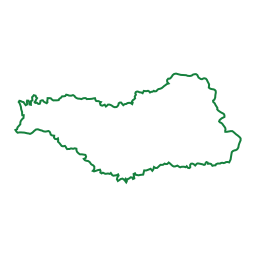 outline of Lajeado Novo, Maranhão, Brazil
{"feature_id": "56859067B63412664256610", "entity_name": "Lajeado Novo", "entity_type": "district", "adm_level": 2, "iso_a3": "BRA", "parent_name": "Brazil", "parent_adm1": "Maranhão", "projection": "mercator", "projection_center": [-46.964, -6.103], "detail": "fine", "context": "isolated", "style": "outline", "palette": "green", "viewbox_px": 256, "rotation_deg": 0, "n_neighbors": 0, "source": "geoboundaries", "source_scale": "gbopen_adm2", "svg_char_len": 5016}
<svg xmlns="http://www.w3.org/2000/svg" viewBox="0 0 256 256"><path d="M93.3,165.4L94.3,166.6L94.3,168.8L93.8,169.8L92.8,170.9L94.0,171.4L96.0,170.8L97.9,170.1L100.0,169.7L100.6,171.2L100.3,172.5L101.6,173.4L102.9,172.7L105.2,173.8L106.6,173.7L108.0,173.5L109.8,173.9L110.8,173.0L112.3,175.2L113.4,175.7L116.6,175.2L118.1,174.4L118.6,175.6L117.5,177.1L116.9,179.2L117.9,181.0L119.7,179.8L120.8,179.0L122.5,178.6L123.6,179.4L124.6,180.2L125.7,178.7L126.8,180.0L128.1,179.0L129.6,178.2L130.6,177.3L132.2,177.5L133.0,179.0L134.3,178.4L133.6,174.0L135.0,173.3L135.8,174.8L138.6,175.3L140.3,174.9L143.2,174.6L144.2,170.4L146.1,170.5L147.8,169.9L150.6,168.8L152.3,170.8L153.3,169.5L154.0,167.0L155.6,168.0L157.2,167.9L159.3,165.9L160.5,164.8L161.9,164.9L163.2,164.7L164.6,163.6L165.9,164.1L167.4,163.9L168.7,162.5L169.9,163.4L171.6,165.0L172.6,165.9L173.9,166.5L175.2,166.4L177.4,165.6L179.0,166.7L180.2,167.3L181.4,166.8L183.9,166.7L185.7,167.2L186.7,166.2L187.9,167.8L189.2,168.1L190.2,167.4L190.2,164.8L191.1,163.7L192.3,163.6L193.6,164.1L195.2,165.5L196.7,163.8L197.8,163.4L199.1,163.6L200.6,163.9L202.5,164.3L204.0,164.9L205.2,164.4L205.5,163.2L206.4,162.1L207.7,162.6L208.0,163.8L209.8,163.6L211.2,164.1L212.4,165.8L213.8,165.4L215.5,165.3L216.1,164.2L217.7,163.5L218.9,163.5L220.2,163.5L221.2,162.9L222.4,162.8L223.7,163.1L225.0,162.7L226.0,162.1L227.5,162.0L229.2,162.4L229.9,160.9L230.6,159.5L230.9,157.5L231.4,154.4L231.8,152.2L232.7,151.2L234.4,150.4L235.7,150.2L237.2,149.3L238.3,147.6L238.8,144.9L239.3,143.4L240.6,140.3L240.6,138.4L239.7,137.2L237.5,135.3L236.3,134.5L233.5,132.0L232.3,131.1L230.8,131.1L226.9,131.8L225.3,131.8L225.2,130.6L225.5,129.5L225.3,128.1L224.5,126.8L223.2,125.1L222.4,123.9L221.4,123.0L219.9,122.3L219.1,121.4L219.7,120.0L221.7,118.3L224.4,117.0L224.5,115.8L224.1,114.3L222.8,113.3L221.7,112.8L220.5,112.1L219.6,111.5L218.1,110.4L217.2,109.3L217.4,108.0L216.7,106.8L215.7,105.3L214.7,103.3L213.2,101.9L213.1,100.6L214.4,99.6L215.2,97.5L215.3,95.7L215.5,94.2L215.8,92.8L215.7,91.0L215.0,90.1L213.8,89.4L211.8,89.1L210.3,88.7L208.8,87.6L209.0,85.9L209.1,84.4L208.3,82.8L207.5,81.3L206.9,79.9L205.9,78.7L204.6,78.3L203.5,78.4L202.0,79.2L200.7,79.0L198.5,77.5L197.3,75.0L195.9,74.1L194.1,74.3L192.8,74.7L191.7,75.6L189.9,76.0L187.6,75.8L186.1,75.2L184.5,75.1L183.0,75.0L180.9,74.9L178.2,74.2L176.0,73.6L174.1,74.0L172.7,75.1L171.9,76.4L170.9,77.7L169.7,78.7L168.2,78.7L167.1,80.1L167.2,81.9L168.6,83.5L166.7,84.1L165.4,85.2L164.3,85.9L163.2,86.9L161.7,88.1L160.0,88.8L158.4,89.1L157.3,90.0L156.4,91.1L154.8,91.4L153.8,90.8L152.6,91.7L151.3,91.8L150.0,92.5L149.1,91.4L148.0,90.8L146.8,91.1L145.2,91.1L143.8,90.9L143.3,91.9L142.6,93.2L141.3,92.5L139.5,92.3L138.3,91.7L137.1,91.5L135.8,92.1L135.3,93.3L135.9,94.8L135.2,95.7L134.7,96.8L135.1,98.3L133.8,99.6L132.8,100.2L131.9,101.6L132.7,102.6L132.2,104.1L130.7,103.1L129.1,102.8L127.4,103.1L126.4,103.9L124.5,104.2L123.3,105.2L122.0,103.7L121.2,102.6L120.0,102.5L118.7,103.3L118.4,104.9L117.6,106.1L116.6,107.0L114.7,107.2L113.3,106.7L112.1,105.8L110.7,105.0L109.5,104.6L108.0,104.6L106.9,105.7L105.9,106.5L104.7,104.7L103.5,105.2L102.2,105.7L100.6,105.1L100.0,103.5L100.9,102.1L99.8,101.9L98.6,101.1L97.4,101.1L96.2,101.0L95.5,100.0L95.0,98.2L93.6,98.4L91.9,98.8L89.6,99.0L88.1,99.0L86.8,99.1L85.7,98.1L84.1,98.1L82.9,98.4L81.5,99.1L79.7,98.7L78.0,98.6L76.6,98.1L75.3,97.2L74.4,95.9L73.0,95.1L71.2,95.7L69.1,95.6L67.7,95.0L66.2,94.7L65.3,96.0L63.9,96.3L62.1,96.3L60.9,97.8L59.3,98.8L58.7,100.1L57.2,100.3L55.6,100.3L53.3,100.4L51.9,99.5L50.8,98.3L49.1,98.1L47.6,98.1L47.5,99.8L47.2,101.0L47.5,102.2L46.7,103.2L45.0,102.4L43.7,101.6L42.8,100.3L41.5,100.4L40.4,101.0L40.3,102.3L39.7,103.8L38.3,103.9L36.8,102.7L35.3,102.9L34.6,102.1L35.5,101.0L36.2,99.4L37.1,98.1L36.0,97.0L35.6,95.7L33.8,95.2L32.9,96.4L32.1,97.2L32.2,98.4L32.4,100.4L31.0,101.1L30.9,102.8L30.9,104.8L29.5,104.5L29.3,102.3L28.5,100.7L27.1,100.6L26.8,101.9L27.2,103.3L27.0,104.5L25.7,105.2L24.5,103.6L23.5,102.1L22.1,101.8L20.6,101.0L19.4,100.8L18.7,102.0L19.4,102.9L20.0,104.2L20.5,105.7L20.9,106.9L21.2,109.3L22.1,112.0L22.1,113.5L22.3,115.2L23.7,115.2L23.5,118.0L22.3,119.0L21.2,120.4L20.6,121.5L20.3,122.9L20.3,124.3L17.5,127.4L17.1,129.2L15.4,130.0L16.5,131.7L17.6,132.7L19.5,132.4L21.1,132.4L22.4,132.5L24.3,132.6L26.0,133.0L27.3,133.3L28.8,133.5L30.0,133.9L31.4,133.3L32.7,132.4L34.1,131.0L35.1,130.2L36.0,129.5L37.9,129.3L40.4,130.2L41.8,130.5L43.4,131.3L45.2,131.6L46.7,131.4L48.4,131.0L49.6,131.7L50.4,133.3L50.7,134.6L52.0,135.4L54.2,135.7L54.0,137.6L55.0,138.9L56.6,139.2L57.9,138.4L58.2,139.9L58.0,141.7L59.1,142.7L60.4,144.3L61.6,145.9L63.0,146.3L64.9,145.9L65.7,146.8L66.3,148.0L67.1,149.1L68.3,149.0L69.5,149.0L71.0,148.4L73.1,148.8L74.8,148.3L76.4,148.7L76.5,150.5L77.1,151.9L78.6,153.4L79.9,154.3L81.7,154.3L83.6,154.6L85.4,154.9L86.1,156.6L85.6,158.0L83.8,158.9L84.9,160.2L86.2,160.7L88.3,161.1L89.8,162.2L90.9,163.9L91.7,164.6L93.3,165.4ZM126.8,180.0L125.4,181.3L126.2,182.4L126.8,181.3L126.8,180.0Z" fill="none" stroke="#15803d" stroke-width="2"/></svg>